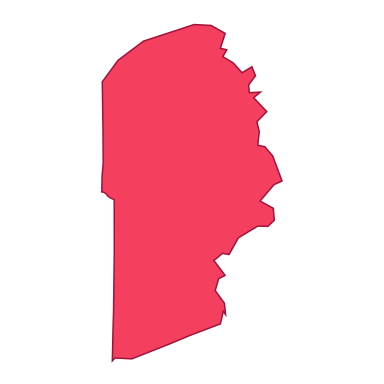 Claiborne, Tennessee, United States of America, rotated 269°
{"feature_id": "52423323B30957198901139", "entity_name": "Claiborne", "entity_type": "district", "adm_level": 2, "iso_a3": "USA", "parent_name": "United States of America", "parent_adm1": "Tennessee", "projection": "natural_earth1", "projection_center": [-83.671, 36.467], "detail": "fine", "context": "isolated", "style": "filled", "palette": "rose", "viewbox_px": 384, "rotation_deg": 269, "n_neighbors": 0, "source": "geoboundaries", "source_scale": "gbopen_adm2", "svg_char_len": 902}
<svg xmlns="http://www.w3.org/2000/svg" viewBox="0 0 384 384"><g transform="rotate(269 192 192)"><path d="M24.6,109.4L27.4,112.2L26.2,128.9L41.1,168.5L48.6,187.3L59.7,218.1L72.1,221.2L68.9,223.4L80.2,222.5L93.0,213.5L104.8,217.1L108.1,223.6L123.1,212.7L130.1,221.3L128.8,227.9L145.4,237.6L156.8,257.2L156.3,267.3L162.4,273.8L174.3,273.0L181.8,259.9L198.0,274.2L201.4,282.2L226.5,273.4L236.0,265.6L237.6,258.6L251.3,260.3L261.1,258.1L271.1,268.1L285.2,255.3L290.7,262.2L290.3,251.0L298.1,250.5L307.1,257.5L316.2,254.1L310.4,244.1L320.4,235.4L326.8,225.2L333.6,229.2L335.2,222.9L350.0,227.9L358.2,214.0L359.4,197.0L343.7,146.1L325.1,120.5L303.7,104.2L257.9,104.1L222.2,103.7L209.8,102.4L196.5,101.9L193.6,101.8L193.5,103.3L192.7,104.7L191.4,106.4L189.5,107.6L187.1,111.0L186.4,112.9L185.3,114.1L132.1,113.2L75.0,111.5L55.4,110.6L24.6,109.4Z" fill="#f43f5e" stroke="#9f1239" stroke-width="1.5"/></g></svg>